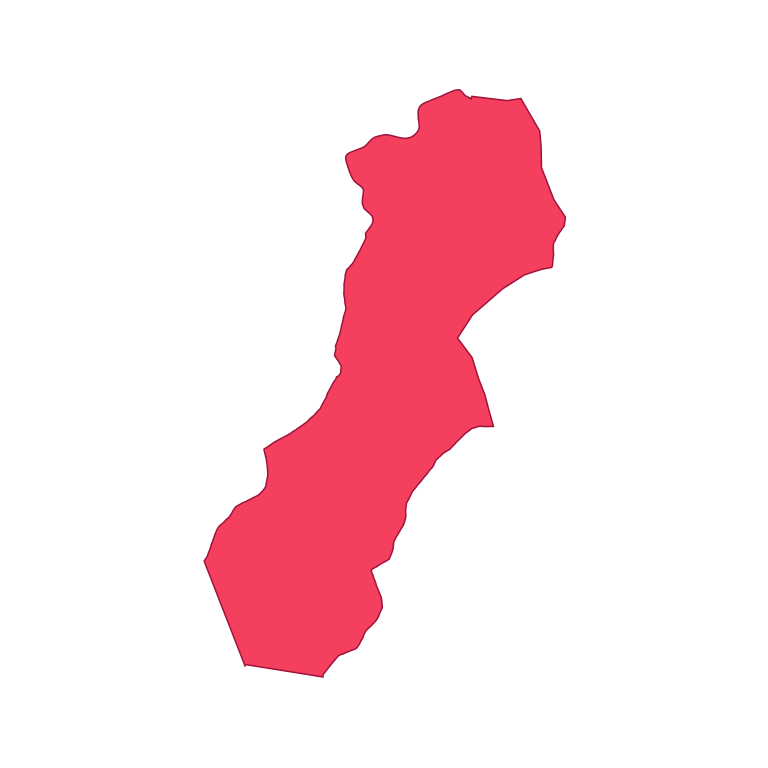 Entrepot, Castries, Saint Lucia, rotated 60°
{"feature_id": "8701671B30362315223491", "entity_name": "Entrepot", "entity_type": "district", "adm_level": 2, "iso_a3": "LCA", "parent_name": "Saint Lucia", "parent_adm1": "Castries", "projection": "mercator", "projection_center": [-60.98, 14.0], "detail": "fine", "context": "isolated", "style": "filled", "palette": "rose", "viewbox_px": 768, "rotation_deg": 60, "n_neighbors": 0, "source": "geoboundaries", "source_scale": "gbopen_adm2", "svg_char_len": 6170}
<svg xmlns="http://www.w3.org/2000/svg" viewBox="0 0 768 768"><g transform="rotate(60 384 384)"><path d="M607.2,583.4L605.1,581.8L603.8,578.4L601.6,573.1L599.9,568.6L598.5,564.7L597.9,563.0L597.7,562.5L596.7,559.8L596.7,557.8L596.7,556.8L597.1,555.3L597.4,554.1L597.6,550.9L597.8,549.6L598.0,548.3L598.6,544.4L599.1,541.8L599.0,540.8L598.9,539.4L597.7,536.8L595.9,533.7L594.5,531.6L593.7,530.0L593.4,529.4L591.2,527.0L589.3,524.1L588.2,521.5L587.9,520.2L587.5,518.5L587.0,516.2L586.0,512.7L585.1,509.7L584.0,507.4L583.5,506.5L582.8,505.3L581.8,504.0L580.4,502.3L578.7,500.0L576.9,497.3L574.4,496.2L572.9,495.4L572.0,494.9L569.2,493.7L567.7,493.3L566.3,492.8L564.0,492.6L560.2,492.0L557.9,491.8L555.2,491.5L552.4,490.7L548.9,490.1L547.7,490.0L546.4,489.8L543.5,489.0L542.7,489.0L541.1,488.8L538.9,488.3L538.3,485.9L538.6,482.2L538.4,479.3L538.2,476.7L538.3,473.7L538.4,469.2L538.3,468.3L538.3,467.2L536.9,465.3L536.2,464.4L534.8,462.5L532.3,459.5L530.2,457.8L528.4,456.4L526.7,455.3L525.5,454.4L525.1,453.7L524.2,452.3L522.6,449.9L522.1,448.9L521.4,447.5L520.7,446.3L520.0,445.1L518.2,442.1L517.5,440.8L516.9,439.5L516.0,438.0L515.6,437.4L512.8,434.2L511.5,433.0L510.9,432.3L508.8,430.8L506.4,429.6L505.8,429.3L504.1,428.4L501.9,426.7L500.8,425.8L498.7,424.3L497.4,422.5L496.3,420.4L493.9,416.9L492.3,414.6L491.5,413.3L490.8,412.1L490.4,410.8L489.9,409.1L489.3,407.7L488.6,406.1L487.8,404.0L487.5,403.1L486.8,400.9L485.8,398.5L484.5,395.3L483.7,392.5L482.4,389.5L481.8,388.3L481.4,387.4L480.5,384.0L479.2,381.7L477.5,379.3L476.4,377.8L476.0,377.2L475.0,373.5L474.7,371.6L474.6,371.0L473.8,368.2L473.5,365.3L473.5,362.0L473.4,361.4L473.4,359.0L473.0,358.1L472.3,356.1L472.0,354.9L471.7,353.7L470.6,350.4L470.0,348.1L469.2,344.8L469.0,344.0L468.5,342.2L467.9,339.9L467.5,338.6L467.3,337.2L467.2,335.5L466.8,332.8L466.5,330.3L466.6,329.5L467.3,326.9L467.6,325.0L468.0,323.7L468.5,322.1L470.2,319.6L470.6,319.0L472.0,316.7L473.3,314.4L474.7,311.8L475.5,310.4L455.1,305.2L453.6,304.7L443.7,302.0L433.1,300.4L426.2,299.3L405.2,294.5L387.5,296.6L384.1,297.0L381.0,297.4L376.4,288.4L368.4,272.8L367.6,268.4L367.4,267.3L360.9,234.0L360.2,218.8L359.7,208.1L361.9,197.3L363.4,190.5L364.8,186.3L366.9,180.5L366.0,179.3L365.5,178.9L364.5,178.1L362.3,176.6L361.5,176.0L356.4,172.2L354.5,171.3L353.8,171.0L351.8,169.9L350.3,169.0L349.7,168.6L349.0,168.2L346.8,166.8L345.3,163.9L343.6,161.8L342.3,159.5L341.2,157.5L340.5,156.2L339.6,154.1L338.1,151.0L337.2,148.9L333.7,146.1L332.3,145.0L330.1,143.4L329.3,143.5L326.9,143.7L326.2,143.8L320.2,144.1L309.4,144.7L287.0,141.2L275.5,139.5L273.4,138.3L256.7,129.1L242.9,122.7L205.2,122.7L200.2,135.6L180.0,162.5L178.8,164.1L180.8,166.1L178.8,166.7L178.4,167.1L177.7,167.7L176.8,168.3L175.5,169.1L174.9,169.3L173.8,169.8L170.8,170.2L167.2,171.2L165.7,174.0L165.4,174.8L164.8,176.8L164.5,179.9L163.8,184.5L163.4,189.9L162.9,193.4L162.7,195.1L162.0,199.3L161.5,203.9L160.9,207.4L160.8,209.8L161.1,213.0L162.0,214.9L164.7,218.0L165.5,218.5L167.5,219.6L171.7,221.8L175.1,223.0L177.7,224.3L179.3,225.1L180.7,226.5L181.8,228.0L182.2,228.9L183.1,231.3L183.4,232.6L183.7,234.0L183.8,237.2L182.7,241.1L182.1,242.1L180.5,244.9L179.4,246.1L177.0,248.9L174.9,251.0L173.7,252.2L172.4,253.6L171.7,254.3L169.9,256.5L169.0,257.8L168.5,258.7L166.3,265.5L166.0,267.2L165.7,268.7L165.8,270.4L165.9,272.4L166.4,274.2L167.0,276.2L168.0,279.4L168.5,281.0L168.6,284.0L167.8,289.4L167.2,293.3L166.8,295.6L166.5,298.3L166.5,300.1L166.9,301.6L167.2,302.3L168.4,303.7L170.5,304.8L173.0,305.6L174.8,306.0L176.1,306.3L183.6,307.9L185.8,308.1L188.9,308.4L191.9,308.4L192.9,308.3L193.9,308.2L195.9,307.4L198.4,306.5L199.1,306.2L200.6,305.4L202.5,304.9L203.7,304.5L205.2,304.8L206.2,305.0L209.4,307.3L213.3,310.4L217.1,312.7L222.4,313.5L226.2,312.2L228.5,311.4L232.0,310.5L233.2,310.4L233.9,310.6L235.2,310.9L236.2,311.4L237.6,312.3L239.5,314.2L243.1,321.9L244.1,324.5L245.2,325.1L248.5,326.7L249.5,328.1L250.1,328.9L250.6,329.7L251.5,330.9L253.0,333.3L254.1,335.0L255.3,336.7L256.6,338.7L257.9,340.9L258.8,342.2L259.5,343.4L260.5,345.3L262.6,348.5L264.0,351.2L264.2,351.9L264.4,352.7L264.7,353.7L265.7,356.4L266.4,359.2L268.6,361.5L270.7,363.5L271.6,364.0L272.8,364.7L275.5,367.0L277.1,368.3L277.7,368.8L279.4,369.7L280.2,370.2L280.7,370.5L282.5,371.5L285.5,373.5L288.1,374.7L289.8,375.3L290.9,375.6L293.7,377.0L297.1,378.3L299.3,379.0L301.3,380.7L303.3,382.9L305.7,385.6L307.1,386.7L307.7,387.2L309.8,389.2L310.8,390.1L311.9,391.3L313.6,392.7L314.2,393.2L314.8,393.8L316.5,395.4L317.7,396.5L318.5,397.3L320.2,399.2L321.3,400.6L324.7,404.3L326.2,406.3L326.6,406.9L328.0,407.4L329.0,407.7L331.3,409.7L331.7,410.1L334.8,412.7L341.1,412.1L347.1,412.1L352.8,416.1L354.0,418.4L354.3,419.0L354.2,420.1L354.1,421.6L354.9,422.4L355.7,423.4L357.0,426.5L357.2,427.0L357.6,427.6L360.2,431.6L363.7,437.4L364.1,438.0L364.8,438.7L367.0,441.1L370.3,446.9L373.0,450.9L373.4,451.4L373.9,453.4L374.1,454.3L375.1,457.3L375.4,458.2L376.0,460.1L376.4,461.8L376.6,463.0L376.9,465.0L377.3,466.4L378.2,469.3L378.3,470.2L378.5,471.7L378.6,473.4L378.8,474.8L378.9,476.4L379.0,477.5L379.3,481.0L379.3,481.6L379.6,483.4L379.6,486.3L379.7,487.5L380.0,489.4L380.0,492.7L380.0,494.1L379.9,495.7L379.8,498.4L379.7,500.7L379.6,504.5L379.6,505.8L379.6,507.3L379.6,509.0L379.6,509.9L379.9,512.2L380.2,515.7L380.3,517.1L380.3,519.1L380.4,520.4L381.7,521.1L383.8,521.6L385.9,522.3L387.3,522.7L389.8,523.4L390.3,523.5L393.2,524.8L395.6,525.6L401.5,528.5L403.6,529.5L405.9,531.0L408.8,533.7L410.8,535.3L413.0,537.1L414.1,538.4L415.9,542.4L416.3,544.1L416.6,545.3L416.9,546.1L417.3,547.5L417.3,548.8L417.4,550.1L417.0,554.3L417.0,557.2L416.7,560.1L416.8,562.2L416.7,563.2L416.1,566.2L416.2,567.4L416.3,568.2L416.2,569.3L416.2,571.6L416.2,573.9L418.2,578.1L419.6,580.2L420.7,582.5L421.3,583.7L421.8,584.6L422.6,589.0L423.4,590.9L423.6,591.8L424.0,593.6L424.2,594.7L424.4,596.4L425.2,599.1L426.8,601.7L428.9,604.5L430.7,606.7L433.1,609.4L433.5,609.8L434.7,611.2L435.1,611.8L436.2,613.4L437.3,614.5L438.2,615.3L440.5,617.8L442.2,620.2L443.0,621.1L444.1,622.1L445.4,624.2L446.0,625.5L446.8,627.1L447.1,627.7L447.4,628.3L558.6,645.3L558.0,643.9L607.2,583.4Z" fill="#f43f5e" stroke="#9f1239" stroke-width="1.5"/></g></svg>